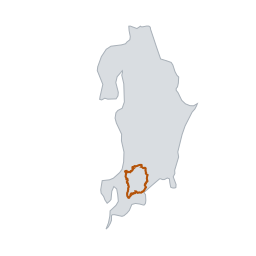 Buenos Aires, Puntarenas, Costa Rica (highlighted), rotated 49°
{"feature_id": "36466004B75428693831232", "entity_name": "Buenos Aires", "entity_type": "district", "adm_level": 2, "iso_a3": "CRI", "parent_name": "Costa Rica", "parent_adm1": "Puntarenas", "projection": "natural_earth1", "projection_center": [-83.259, 9.079], "detail": "fine", "context": "in_parent", "style": "outline", "palette": "amber", "viewbox_px": 256, "rotation_deg": 49, "n_neighbors": 0, "source": "geoboundaries", "source_scale": "gbopen_adm2", "svg_char_len": 6211}
<svg xmlns="http://www.w3.org/2000/svg" viewBox="0 0 256 256"><g transform="rotate(49 128 128)"><path d="M204.3,130.9L204.1,131.8L203.3,132.9L202.2,133.9L200.7,134.6L197.0,132.5L193.5,130.1L191.5,131.2L190.8,134.3L189.5,135.9L187.8,136.6L187.1,137.6L187.0,148.3L187.1,158.3L189.8,158.5L194.3,162.0L196.2,164.1L196.8,166.0L196.3,166.9L193.0,169.1L189.8,171.9L188.2,175.3L191.0,180.9L191.6,184.7L191.5,188.6L190.7,190.5L184.5,195.1L183.2,196.7L183.3,197.9L186.8,201.0L188.4,204.0L189.7,207.7L189.9,210.9L186.8,205.0L182.5,199.4L178.8,195.9L178.5,187.8L177.0,183.4L171.3,179.3L166.5,176.5L162.9,177.1L165.1,181.7L170.8,187.7L171.2,190.0L171.1,193.1L167.2,192.6L163.7,191.3L159.5,191.0L156.7,189.1L150.8,182.0L155.0,175.9L156.3,171.9L156.2,163.6L155.3,159.6L150.7,153.5L143.5,146.8L133.3,141.3L128.5,136.9L116.6,133.5L112.1,131.3L108.6,127.1L108.1,124.1L109.3,119.5L106.0,113.7L91.9,102.2L84.0,98.0L82.3,95.5L81.0,94.7L82.2,102.6L85.7,107.4L94.7,111.9L97.2,114.5L98.2,117.9L93.0,124.3L90.3,126.0L89.5,129.5L87.8,130.6L86.0,128.5L78.6,118.4L64.5,113.5L61.9,110.6L56.7,101.3L54.3,92.8L55.1,87.2L61.0,78.4L62.8,74.6L62.4,72.2L62.6,68.7L60.5,66.3L55.1,63.2L51.7,60.6L52.6,59.4L58.8,56.0L59.2,52.9L59.2,51.9L60.2,51.7L61.1,50.8L61.6,50.0L63.3,47.0L64.8,45.4L66.5,45.1L68.5,46.3L76.3,49.5L84.9,53.1L97.3,58.1L102.4,54.9L106.8,52.4L109.8,52.8L116.4,55.6L120.4,56.5L122.8,56.3L127.1,60.5L129.4,63.6L129.8,65.7L131.1,66.9L134.3,67.1L142.4,69.3L147.4,68.8L151.8,66.6L154.3,63.9L155.1,59.6L156.2,61.7L157.5,65.0L158.1,69.3L163.9,83.6L168.5,91.6L178.7,106.1L183.1,108.8L190.5,120.5L193.1,122.5L194.5,125.9L202.2,128.8L204.3,130.9Z" fill="#d9dde1" stroke="#a8b0b8" stroke-width="1"/><path d="M176.9,171.7L177.2,172.0L177.4,172.1L177.6,172.3L177.8,172.4L178.1,172.5L178.3,172.8L178.6,173.0L178.8,173.0L179.3,173.3L179.7,173.3L180.2,173.4L180.9,173.5L181.0,173.4L181.3,173.2L181.4,172.8L181.3,172.7L181.0,172.5L180.8,172.2L180.8,171.9L180.8,171.6L180.9,171.4L181.0,171.2L180.8,170.6L180.8,170.4L180.7,170.3L180.7,170.2L180.4,170.3L180.3,170.2L180.2,170.0L180.0,169.9L180.0,169.7L179.8,169.6L179.7,169.3L179.6,169.1L179.6,168.9L179.7,168.6L179.8,168.3L179.7,168.2L179.8,168.1L180.0,168.2L180.3,168.0L180.4,167.9L180.5,167.9L180.9,167.9L181.0,167.8L181.0,167.7L180.9,167.7L180.9,167.1L180.8,166.9L180.6,166.8L180.6,166.7L180.8,166.3L181.1,166.2L181.3,166.2L181.5,166.0L181.5,165.8L181.6,165.7L181.8,165.4L181.7,165.2L181.6,164.9L181.6,164.7L181.4,164.5L181.3,164.3L181.0,164.2L180.8,164.1L180.6,164.0L181.1,163.5L181.4,163.4L181.8,163.3L182.1,163.4L182.4,163.5L182.6,163.5L182.8,163.5L183.1,163.4L183.3,163.3L183.5,163.0L183.5,162.7L183.8,162.1L183.9,161.8L184.1,161.6L184.4,161.5L184.6,161.4L185.1,160.8L185.2,160.7L185.5,160.3L185.4,159.7L185.5,159.7L185.7,159.1L185.7,158.9L185.6,158.7L185.8,158.0L185.6,157.7L185.8,157.1L185.8,156.8L185.7,156.6L185.4,156.4L185.4,156.2L185.3,155.7L185.1,155.4L185.0,155.0L184.7,154.7L184.7,154.3L184.7,153.7L184.7,153.4L184.5,153.2L184.3,153.2L184.0,153.2L183.5,153.1L183.1,153.0L182.4,153.0L182.3,152.9L182.1,152.8L181.9,152.5L181.8,152.4L181.7,152.3L181.6,152.2L181.3,151.6L181.6,151.3L181.7,151.2L181.7,150.9L181.5,150.6L181.4,150.5L181.2,150.3L180.9,150.1L180.9,149.8L180.8,149.3L180.8,149.2L181.0,148.9L181.1,148.7L181.0,148.3L180.8,148.1L180.6,148.0L180.3,148.0L180.1,148.0L179.9,147.9L179.7,147.8L179.6,147.6L179.3,147.3L179.2,147.2L178.4,146.9L178.3,146.7L178.2,146.6L177.8,146.2L177.6,145.9L177.4,145.7L177.2,145.5L177.2,145.4L176.9,145.1L176.8,144.8L176.7,144.7L176.5,144.3L176.4,144.3L176.2,144.1L176.0,144.3L175.7,144.3L175.3,144.3L175.1,144.4L174.5,144.4L174.3,144.4L174.1,144.4L174.0,144.2L173.6,144.0L173.5,143.7L173.4,143.5L173.2,143.5L173.1,143.4L172.8,143.4L172.3,143.1L172.0,143.0L171.7,142.6L171.3,142.6L171.2,142.5L171.1,142.4L171.1,142.2L170.7,141.9L170.4,141.5L170.4,141.4L170.2,141.3L170.1,141.2L169.8,141.1L169.3,141.2L169.2,141.3L169.1,141.6L168.8,141.9L168.7,141.9L168.6,142.1L168.6,142.4L168.5,142.6L168.4,142.7L168.2,142.9L167.7,143.0L167.3,143.0L166.7,143.1L166.4,143.3L166.1,143.5L166.1,143.3L166.0,143.1L165.9,142.9L165.5,142.6L165.4,142.5L165.4,142.4L165.2,142.2L164.8,142.0L164.5,142.2L164.3,142.5L164.1,142.7L164.0,142.8L163.9,142.9L163.8,143.2L163.6,143.3L163.5,143.5L163.4,143.7L163.3,144.0L163.1,144.3L163.0,144.7L162.9,145.2L162.9,145.3L162.7,145.5L162.7,145.9L162.6,146.1L162.5,146.3L162.2,146.9L162.0,147.3L161.9,147.4L161.4,147.6L161.2,147.7L161.1,148.0L161.1,148.3L161.0,148.5L161.0,148.8L161.0,149.2L160.9,149.4L160.8,149.5L160.7,149.7L160.7,149.8L160.4,150.2L160.4,150.3L160.5,150.4L160.6,150.1L160.8,150.3L160.8,150.5L161.0,150.8L161.3,150.8L161.5,151.0L161.9,151.2L162.0,151.2L162.2,150.9L162.2,151.0L162.4,151.2L162.4,151.5L162.6,151.7L162.7,151.9L162.7,152.0L162.6,152.4L162.9,153.1L162.8,153.3L162.8,153.5L162.5,153.4L162.4,153.8L162.3,154.1L162.4,154.3L162.5,154.5L162.8,154.8L162.8,155.3L162.7,155.3L162.1,155.7L162.0,156.0L161.7,156.1L161.5,156.3L161.3,156.6L161.2,156.7L161.2,156.8L161.3,156.9L161.3,157.1L161.3,157.3L161.1,157.5L160.9,157.5L160.8,157.4L160.6,157.4L160.4,157.2L160.1,157.2L159.9,157.3L159.6,157.3L159.4,157.2L159.3,157.3L159.1,157.6L159.1,157.8L158.9,158.0L158.7,158.2L158.7,158.3L158.8,158.6L159.0,158.6L159.2,158.8L159.6,158.9L160.1,158.9L160.3,159.0L160.6,159.1L160.9,159.2L161.1,159.5L161.6,159.8L161.7,160.0L161.8,160.1L161.8,160.3L162.0,160.6L162.2,160.8L162.5,160.9L162.6,161.0L162.9,161.6L163.0,161.7L163.2,161.8L163.6,161.8L164.0,161.9L164.1,162.0L164.7,162.0L164.9,162.3L165.1,162.5L165.4,162.7L165.5,162.5L165.5,162.1L165.5,161.9L165.9,161.8L166.0,161.8L166.3,162.2L166.7,162.2L167.2,162.5L167.5,162.7L167.6,162.9L167.6,163.6L167.5,163.8L168.1,164.4L168.9,164.7L169.0,164.6L169.2,164.4L169.3,164.3L169.6,164.4L169.8,164.5L170.1,164.5L170.4,164.8L170.7,165.0L170.8,165.2L171.1,165.4L171.4,165.3L171.5,165.2L171.9,165.4L172.1,165.6L172.3,165.8L172.5,165.9L173.0,166.0L173.1,166.4L173.2,166.7L173.2,166.8L173.5,167.1L173.5,167.3L173.7,167.5L173.8,167.7L174.4,168.1L174.6,168.2L174.6,168.3L174.7,168.5L174.9,168.6L175.0,168.8L175.2,169.1L175.5,169.3L175.5,169.5L175.9,169.8L176.0,170.2L176.1,170.4L176.3,171.0L176.5,171.2L176.6,171.3L176.9,171.5L176.9,171.7Z" fill="none" stroke="#b45309" stroke-width="2"/></g></svg>